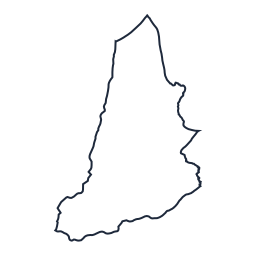 the district of Paktha, Bokeo, Laos
{"feature_id": "54806243B15398508442736", "entity_name": "Paktha", "entity_type": "district", "adm_level": 2, "iso_a3": "LAO", "parent_name": "Laos", "parent_adm1": "Bokeo", "projection": "robinson", "projection_center": [100.681, 19.997], "detail": "fine", "context": "isolated", "style": "outline", "palette": "slate", "viewbox_px": 256, "rotation_deg": 0, "n_neighbors": 0, "source": "geoboundaries", "source_scale": "gbopen_adm2", "svg_char_len": 5662}
<svg xmlns="http://www.w3.org/2000/svg" viewBox="0 0 256 256"><path d="M115.6,41.4L115.3,49.2L114.9,52.1L113.8,54.9L113.9,56.4L113.2,59.2L113.4,63.8L113.0,65.3L112.6,68.3L112.4,72.2L112.4,77.2L112.1,77.7L111.0,79.1L109.9,80.8L109.0,82.7L108.6,84.2L108.5,87.3L108.0,90.9L107.0,95.9L106.1,99.0L105.8,101.9L105.6,103.1L104.6,104.7L104.4,105.0L104.2,105.6L103.9,106.5L104.2,108.1L104.8,109.5L104.8,109.9L104.8,110.9L103.6,111.9L102.0,113.1L101.0,114.4L100.5,115.6L100.4,116.5L101.1,119.4L101.1,119.9L100.4,123.6L99.9,124.9L99.1,126.4L98.3,128.5L98.3,130.2L97.0,132.1L95.5,136.7L95.5,138.7L94.5,141.7L94.1,143.1L93.5,146.3L93.0,147.6L90.1,154.1L89.6,155.8L89.5,157.2L89.7,158.4L91.6,161.6L91.6,165.2L91.4,167.7L90.8,169.1L88.6,171.9L91.0,174.6L88.3,178.0L87.8,180.9L83.1,184.1L83.1,184.5L83.0,189.6L82.7,191.4L81.3,192.9L79.9,193.2L78.5,193.2L77.2,193.7L76.1,194.6L74.0,196.5L71.5,197.9L70.1,197.9L67.5,197.0L66.3,197.5L61.2,202.0L60.4,203.3L57.6,208.1L58.3,209.3L59.0,210.4L59.9,211.6L60.6,212.8L58.7,214.5L58.5,217.3L58.2,218.8L57.7,220.1L57.0,221.4L57.7,222.4L57.0,226.3L56.2,229.2L55.3,230.4L56.9,231.3L58.0,231.5L59.7,231.3L60.8,231.3L62.5,232.0L64.1,233.0L66.4,233.9L67.8,235.1L68.8,236.4L69.2,238.5L69.6,239.5L70.2,240.1L71.5,240.6L72.5,240.4L73.6,239.6L74.8,239.6L76.4,240.2L78.1,240.6L79.5,240.5L81.2,240.2L83.5,238.1L84.6,236.8L86.2,235.8L87.7,235.3L90.4,235.0L91.9,235.1L92.7,235.0L94.6,234.4L96.0,233.7L98.4,232.6L99.7,232.0L101.1,231.7L102.6,231.7L103.9,232.1L105.5,233.1L106.2,233.4L107.6,233.6L108.9,233.5L111.3,233.0L113.9,231.8L115.2,231.5L117.3,231.2L117.9,230.8L118.4,229.9L118.6,228.4L118.4,226.6L121.4,223.1L122.4,221.3L126.4,220.3L126.9,220.5L127.5,220.8L129.2,221.4L129.8,221.5L130.7,221.4L131.3,221.3L132.0,221.2L132.7,221.0L133.7,220.3L135.7,219.4L137.3,219.0L137.9,219.0L139.2,218.8L141.0,218.2L142.4,217.6L143.2,217.2L145.1,216.3L145.9,216.2L146.4,216.1L146.8,216.0L148.1,216.3L148.7,216.4L149.3,216.8L149.6,217.1L150.5,217.7L151.3,218.2L152.4,218.4L154.5,218.2L156.2,218.2L157.3,218.1L159.0,217.5L160.1,217.0L162.1,215.8L163.2,214.9L164.8,213.4L165.4,212.9L166.1,211.9L167.0,211.0L167.5,210.8L168.0,210.7L168.6,210.7L171.5,209.1L172.0,208.9L173.8,207.6L174.1,207.2L175.2,206.3L177.2,204.0L179.4,200.6L180.5,199.6L181.5,198.4L182.7,197.0L185.2,195.1L185.6,194.8L186.3,194.5L187.1,194.3L188.1,194.2L190.3,193.4L191.4,193.0L192.2,192.3L192.8,192.0L193.7,191.3L194.2,190.8L195.0,190.3L196.3,189.4L198.8,187.4L199.6,186.7L200.5,186.1L200.3,185.8L199.8,185.6L199.7,185.4L199.5,185.1L199.5,184.9L199.8,185.0L200.0,185.0L200.0,184.5L200.4,184.1L200.5,184.0L200.5,183.5L200.2,183.0L200.1,182.8L200.4,182.6L200.5,182.4L200.6,182.2L200.7,181.8L200.4,181.7L199.6,181.7L199.4,181.6L199.3,180.7L199.0,180.3L198.9,180.1L198.7,179.9L198.5,179.7L198.4,179.5L198.4,179.4L198.2,179.0L198.2,178.8L198.3,178.7L199.0,178.5L199.2,178.4L199.3,178.2L199.3,177.9L199.2,177.8L198.4,177.7L198.2,177.5L198.3,177.2L198.3,176.9L197.3,175.9L197.1,175.6L196.9,174.7L196.6,174.3L196.5,174.2L196.6,173.8L196.9,173.5L197.4,173.3L197.8,173.0L198.0,172.9L198.2,172.5L198.6,172.4L198.8,172.3L198.9,172.2L198.8,171.7L198.3,171.2L198.2,171.0L198.3,170.8L198.7,170.5L198.8,170.3L198.7,170.1L198.5,169.8L198.5,169.6L198.8,169.4L199.0,169.4L199.1,169.2L198.7,169.0L198.6,168.8L198.6,168.7L199.3,167.8L199.2,167.6L198.8,167.4L198.7,167.2L198.4,167.2L198.3,167.4L198.2,167.4L198.1,167.2L197.7,167.0L197.7,166.8L197.8,166.6L197.8,166.4L197.6,166.3L196.9,165.9L196.5,165.7L196.1,165.4L195.7,165.1L194.7,164.6L194.5,164.4L194.3,164.1L194.0,163.8L193.3,163.7L192.6,163.6L192.0,163.1L191.8,163.1L190.8,163.0L190.2,162.9L189.2,162.8L187.7,162.2L186.9,161.3L186.5,161.2L186.2,161.4L186.0,161.2L186.0,160.4L186.0,160.1L186.2,159.5L186.2,159.2L186.0,158.8L185.7,158.5L185.4,158.1L185.3,157.6L185.0,156.9L184.8,156.2L184.7,155.3L184.6,155.0L184.3,154.8L183.6,154.5L183.2,154.3L181.0,153.3L180.8,152.4L181.1,151.0L181.6,150.0L183.4,148.0L185.4,146.5L186.9,145.0L191.0,140.5L191.9,138.7L193.4,136.8L195.8,133.9L197.0,132.1L197.6,131.6L198.0,131.2L198.3,131.0L198.5,130.9L195.1,130.7L191.9,130.0L188.5,129.1L186.3,128.0L184.6,126.8L183.6,125.6L183.5,125.2L183.4,124.9L183.5,123.2L183.6,122.8L183.8,122.3L183.9,122.0L183.9,121.5L183.8,121.2L183.4,120.6L182.9,120.2L181.8,118.0L181.2,117.3L180.3,116.6L180.0,116.1L179.4,114.9L179.0,114.7L178.7,114.5L178.8,114.0L178.5,113.0L178.4,112.7L178.2,112.0L178.0,110.5L178.2,109.4L178.4,108.7L178.3,108.0L178.2,107.3L178.0,106.9L177.9,106.5L178.2,105.8L178.4,105.4L178.3,104.8L178.2,104.2L178.0,103.5L178.3,102.6L178.9,102.2L179.7,100.6L179.9,99.7L180.3,98.9L180.8,98.0L181.3,97.5L181.5,97.0L181.7,96.9L183.0,95.8L183.2,95.5L183.1,94.9L183.4,94.0L183.2,93.9L183.1,93.6L183.0,93.4L183.0,93.2L183.2,92.8L184.2,91.8L184.4,91.6L184.8,90.8L185.0,90.0L185.1,89.4L185.2,89.0L185.2,88.1L184.9,87.2L184.7,86.8L184.5,86.5L183.8,85.8L183.2,85.5L182.9,85.4L182.6,85.5L182.1,85.8L181.4,85.7L180.5,85.6L180.4,85.5L180.0,85.0L179.7,84.5L179.4,84.4L179.2,84.5L178.8,84.5L178.7,84.4L178.4,83.8L178.1,83.4L177.2,83.3L176.8,82.9L175.6,82.7L175.4,83.1L175.1,83.7L175.0,84.5L174.9,84.8L174.7,85.1L173.7,85.4L173.0,85.4L172.8,85.2L171.8,84.4L171.4,84.0L171.0,83.6L170.6,83.4L170.2,83.5L167.0,79.8L165.2,75.7L164.7,72.8L164.5,70.2L164.1,67.9L163.1,63.7L162.4,60.5L162.1,57.6L161.5,53.7L160.7,50.5L160.1,47.2L159.6,44.5L159.2,39.5L159.0,36.7L158.2,32.4L157.3,29.6L156.7,28.4L155.5,26.8L154.4,25.5L152.9,23.5L150.7,20.2L149.7,18.3L148.3,17.0L147.5,15.7L147.2,15.4L146.1,16.8L145.3,17.6L144.3,18.9L142.8,20.9L140.6,23.5L135.7,28.1L131.1,32.3L127.9,34.7L125.1,36.5L123.6,37.5L120.5,39.3L118.3,40.4L117.2,40.9L115.9,41.6L115.6,41.4Z" fill="none" stroke="#1e293b" stroke-width="2"/></svg>